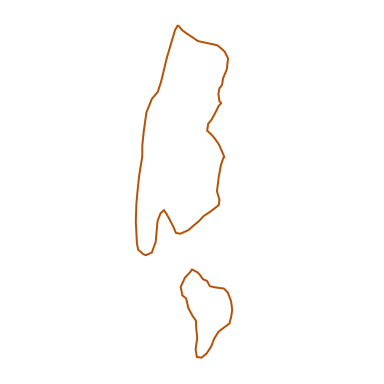 outline of Vaxholm, Stockholm, Sweden, rotated 98°
{"feature_id": "70781695B74265456300359", "entity_name": "Vaxholm", "entity_type": "district", "adm_level": 2, "iso_a3": "SWE", "parent_name": "Sweden", "parent_adm1": "Stockholm", "projection": "equal_earth", "projection_center": [18.262, 59.415], "detail": "fine", "context": "isolated", "style": "outline", "palette": "amber", "viewbox_px": 384, "rotation_deg": 98, "n_neighbors": 0, "source": "geoboundaries", "source_scale": "gbopen_adm2", "svg_char_len": 1367}
<svg xmlns="http://www.w3.org/2000/svg" viewBox="0 0 384 384"><g transform="rotate(98 192 192)"><path d="M99.9,175.5L98.0,177.6L91.2,179.5L85.6,179.3L81.9,177.2L74.8,177.0L65.8,174.6L54.7,174.9L48.5,179.1L45.7,183.2L43.2,187.3L41.7,207.3L39.2,212.1L35.8,219.3L33.0,224.4L29.6,228.1L29.3,229.4L33.9,231.3L43.8,232.8L62.7,235.6L86.5,237.9L97.6,239.8L105.4,244.7L119.6,248.2L139.1,248.2L152.7,247.7L163.5,246.2L182.7,246.6L200.3,246.0L211.8,245.4L229.4,243.5L241.5,241.1L250.5,239.4L256.6,237.3L260.3,231.7L261.0,228.9L257.6,223.4L246.4,221.0L225.4,222.1L217.4,220.2L213.9,217.2L217.0,214.4L221.7,210.8L228.8,205.8L234.7,202.2L235.0,197.9L230.3,190.3L224.8,185.6L219.8,181.0L214.3,177.2L209.3,171.6L205.3,167.6L201.3,163.7L196.0,163.7L190.8,166.1L187.7,167.4L173.4,167.6L161.1,167.1L153.6,165.6L153.2,164.9L150.6,166.1L141.3,171.9L136.0,176.8L132.9,180.2L129.2,185.5L122.4,185.5L117.8,182.8L111.6,180.4L103.2,177.6L99.9,175.5ZM309.3,135.8L303.0,135.8L294.8,138.1L286.6,142.5L283.2,146.9L283.2,156.6L282.7,161.3L277.9,164.8L276.9,168.9L272.6,173.0L270.7,175.6L268.7,181.2L271.6,182.7L277.9,187.1L287.6,190.0L295.8,187.1L298.2,183.0L307.4,179.5L314.6,174.2L319.0,170.1L326.2,168.9L335.9,166.5L347.5,166.5L354.7,164.2L354.7,159.5L349.9,155.1L342.6,151.6L333.9,149.5L326.7,146.3L322.8,142.5L317.0,136.6L309.3,135.8Z" fill="none" stroke="#b45309" stroke-width="2"/></g></svg>